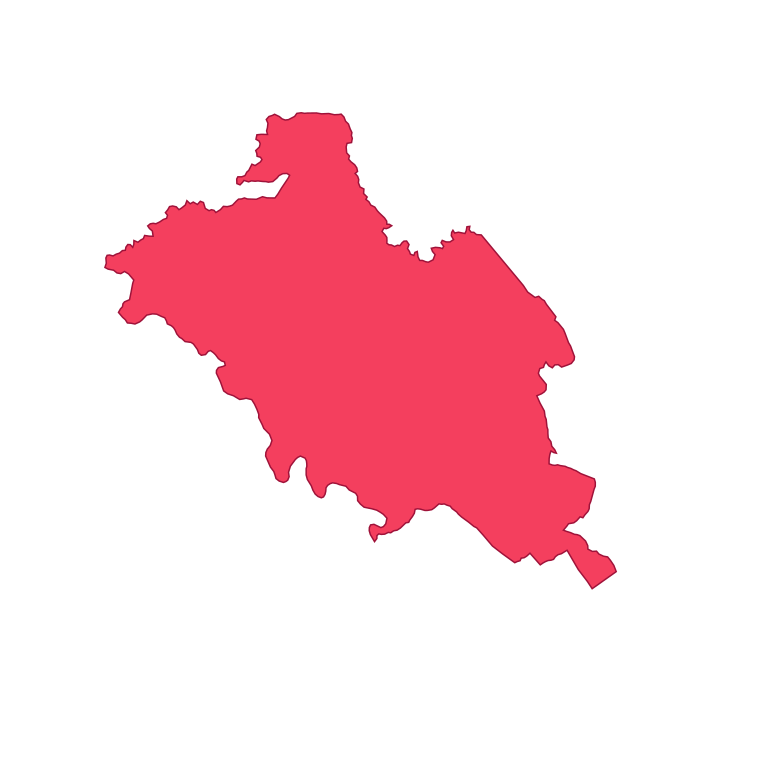 Londrina, Paraná, Brazil (Robinson projection), rotated 146°
{"feature_id": "56859067B34641840661798", "entity_name": "Londrina", "entity_type": "district", "adm_level": 2, "iso_a3": "BRA", "parent_name": "Brazil", "parent_adm1": "Paraná", "projection": "robinson", "projection_center": [-51.103, -23.475], "detail": "fine", "context": "isolated", "style": "filled", "palette": "rose", "viewbox_px": 768, "rotation_deg": 146, "n_neighbors": 0, "source": "geoboundaries", "source_scale": "gbopen_adm2", "svg_char_len": 6169}
<svg xmlns="http://www.w3.org/2000/svg" viewBox="0 0 768 768"><g transform="rotate(146 384 384)"><path d="M285.3,489.9L287.6,491.3L290.1,491.0L293.4,489.8L295.2,491.5L298.4,492.1L300.1,495.1L302.1,496.7L302.9,499.2L301.4,501.2L299.7,503.9L299.7,506.9L300.4,511.5L297.1,513.2L295.2,511.5L292.6,510.9L289.1,510.9L290.3,513.4L292.3,514.9L290.7,517.5L290.7,521.4L292.3,528.7L292.7,531.4L292.7,535.8L294.9,539.7L294.6,543.6L295.8,547.2L293.4,548.4L294.4,553.3L291.6,556.9L293.7,560.7L292.7,565.2L290.6,567.6L289.7,570.9L290.2,574.7L287.1,575.0L285.7,578.4L285.7,582.2L287.1,586.6L287.6,590.2L285.1,592.4L285.7,596.5L282.8,601.7L280.1,604.2L275.9,602.3L272.9,605.4L272.1,608.2L270.0,610.4L269.4,614.4L268.1,619.4L268.9,623.3L267.9,627.8L268.6,631.7L270.8,632.7L274.6,635.0L278.5,639.1L284.7,642.9L288.5,646.5L296.3,651.6L298.5,652.8L300.9,655.1L304.9,657.1L308.5,655.8L315.4,656.6L318.3,658.1L320.2,660.7L321.2,664.2L323.9,668.8L326.4,669.1L329.8,670.1L333.7,669.1L334.4,665.1L337.3,661.7L339.8,659.5L341.0,656.0L346.1,659.6L350.0,661.7L353.3,658.5L351.7,655.2L352.3,652.4L354.9,650.1L359.8,649.3L360.5,646.3L361.9,643.8L359.6,641.0L359.7,638.3L362.3,637.2L368.7,637.2L370.6,640.1L376.7,636.7L379.2,636.4L382.7,634.5L386.0,635.3L389.3,637.5L391.5,636.3L393.9,632.4L392.0,629.6L388.5,630.3L386.3,631.1L383.2,627.3L380.4,626.6L377.5,624.2L374.9,622.8L371.4,619.8L368.7,617.8L367.0,616.0L363.0,614.0L357.6,614.6L354.6,615.5L350.3,615.0L346.7,612.8L345.5,609.8L348.4,608.2L359.5,603.7L366.0,600.7L370.4,599.2L376.9,603.7L380.0,607.2L386.5,608.5L393.7,613.7L395.7,616.3L398.7,617.1L401.2,618.6L404.1,618.2L409.6,617.0L412.3,617.7L414.8,618.7L417.8,621.1L422.1,620.0L427.5,620.2L427.8,623.0L429.6,625.0L432.1,625.5L434.0,629.5L432.2,635.4L434.1,638.2L438.3,637.2L440.4,641.5L443.9,641.8L444.9,646.2L448.6,643.5L453.4,643.1L456.5,643.2L457.1,647.0L459.7,649.8L462.6,651.0L465.8,649.4L469.4,648.3L469.1,645.0L471.6,642.9L474.9,643.8L479.4,643.8L483.5,644.4L485.5,646.3L488.2,647.5L491.5,647.2L491.5,644.0L490.5,640.4L492.8,635.6L495.9,637.8L499.4,641.0L502.2,639.1L505.1,639.4L508.7,639.1L511.1,642.8L513.3,639.7L515.9,637.8L516.4,641.4L518.4,642.9L521.4,641.8L523.7,639.5L526.3,640.9L530.1,640.4L533.4,641.4L537.0,641.7L539.4,644.4L541.6,645.5L544.1,644.0L546.7,639.4L550.2,636.7L548.5,633.5L544.5,629.5L543.3,625.4L540.5,622.7L536.2,622.4L534.2,618.1L533.3,610.1L536.0,608.0L543.2,600.7L547.8,596.2L553.2,597.2L555.5,596.5L557.6,594.3L560.6,593.6L564.1,591.8L563.4,585.5L562.5,581.9L562.6,578.1L559.7,575.8L556.9,573.0L551.9,572.1L548.7,572.4L542.2,573.8L536.7,571.6L533.4,569.0L530.8,564.6L528.7,561.5L529.1,557.9L530.0,555.0L527.7,551.2L527.0,548.5L527.0,545.8L527.8,541.3L527.4,537.2L526.2,534.7L525.2,530.4L520.7,526.4L519.6,523.7L519.4,516.9L520.3,513.1L519.4,510.0L515.5,508.2L511.4,509.4L509.1,508.7L507.9,505.3L507.3,502.4L507.1,497.7L505.9,494.1L503.9,491.5L505.2,488.2L507.6,488.6L512.1,490.2L515.2,489.0L516.9,486.8L518.4,477.2L520.8,467.9L519.1,463.3L515.4,458.5L512.3,451.9L508.9,450.3L506.3,449.3L502.4,445.0L502.6,439.8L503.5,434.1L504.8,428.8L506.7,426.2L507.7,418.4L508.5,414.4L507.0,406.4L508.5,399.8L512.7,396.6L517.1,395.3L520.2,393.3L522.4,390.5L524.6,378.6L524.3,373.1L525.1,370.0L526.4,366.0L525.2,362.2L522.4,358.6L519.9,358.0L517.6,358.1L514.5,360.2L512.5,364.2L507.6,368.2L499.7,371.0L496.6,371.4L493.6,371.0L490.9,366.7L491.2,363.9L492.6,361.1L494.0,358.9L495.9,357.3L499.4,352.1L500.9,347.7L501.2,340.3L502.3,335.7L502.6,331.2L501.6,327.6L499.6,324.7L497.3,324.2L494.6,325.5L492.3,327.6L490.1,330.4L487.4,331.5L484.4,331.5L481.9,330.8L478.9,328.0L477.2,325.5L472.7,320.5L472.1,315.6L468.6,309.3L468.7,305.8L471.1,302.0L470.7,297.6L469.4,293.0L463.8,287.3L460.6,283.5L458.7,279.6L457.4,276.3L456.6,271.1L460.7,267.1L464.2,266.1L466.9,266.7L470.8,273.3L473.9,274.7L476.4,273.2L478.3,270.6L479.5,266.8L480.0,258.6L476.3,259.9L474.6,262.3L472.2,262.7L470.3,260.8L467.3,259.1L463.5,258.6L461.6,256.9L458.1,256.9L454.9,255.5L451.0,255.4L443.6,256.7L440.9,255.5L438.7,256.8L434.6,258.2L431.1,259.9L428.3,262.7L426.0,261.8L423.8,259.9L420.7,256.2L418.5,254.8L414.7,253.1L411.6,253.1L405.5,253.9L403.4,252.0L401.1,250.9L399.6,248.4L397.4,245.7L397.2,242.6L395.3,237.3L395.1,234.5L394.0,230.2L391.1,222.2L389.1,215.6L387.6,213.0L386.3,203.5L384.7,189.0L380.7,176.9L375.5,162.7L372.8,162.3L370.0,161.4L367.7,162.9L364.9,161.6L362.0,161.5L357.6,162.1L355.6,146.7L352.1,146.7L349.7,146.5L346.7,145.9L344.0,144.5L341.5,143.8L338.5,145.0L335.2,145.2L331.8,144.1L325.2,143.8L326.7,121.5L325.8,106.6L325.9,97.9L296.4,98.6L294.9,105.1L294.9,111.3L295.3,115.6L298.3,118.5L300.9,122.8L301.3,126.6L304.9,128.7L307.3,133.1L305.5,136.0L304.7,141.1L306.4,148.8L308.2,151.2L310.2,152.9L312.4,156.4L315.3,160.0L317.0,162.5L312.0,163.9L309.2,165.0L304.3,162.8L300.8,162.9L295.7,164.2L293.9,161.9L290.6,163.2L286.2,164.3L283.7,165.8L281.2,169.1L278.3,171.0L268.8,179.2L266.0,181.1L263.8,184.3L262.7,187.7L271.0,199.7L273.3,204.7L274.8,206.8L276.3,209.5L278.5,212.2L279.8,214.4L283.6,217.9L285.2,219.9L287.7,220.9L289.6,222.5L291.8,225.5L288.8,229.8L286.0,232.8L283.0,235.1L281.6,232.2L279.8,230.3L279.2,234.1L279.7,238.6L277.9,242.8L278.0,247.5L275.7,251.5L273.7,254.5L272.9,257.3L269.3,264.0L268.6,267.1L266.2,271.9L265.3,281.1L263.9,288.8L258.9,287.8L255.6,287.8L252.9,288.6L249.7,292.9L250.6,303.6L250.0,306.6L246.2,309.7L242.5,308.6L240.2,310.4L237.4,311.7L237.2,306.9L235.4,303.3L231.7,304.3L228.7,302.6L227.3,298.7L221.2,297.1L217.2,296.3L212.9,297.7L210.8,300.1L208.1,311.2L207.9,315.1L205.5,324.9L204.7,329.0L205.5,337.6L206.9,341.4L203.9,343.6L204.8,359.3L204.5,363.4L205.7,366.0L206.7,370.2L210.4,371.3L213.5,379.9L213.4,387.8L220.0,453.2L223.8,456.2L224.7,459.5L226.8,461.0L227.1,464.3L224.7,466.7L227.3,468.0L230.1,465.1L232.7,463.5L237.4,468.2L241.0,469.7L240.9,472.9L243.1,471.9L245.3,469.3L245.6,464.8L249.9,464.9L253.1,467.1L255.4,470.5L257.7,469.2L257.5,464.8L259.8,463.6L261.5,465.7L264.9,468.5L268.9,470.1L269.7,466.7L269.3,462.7L273.9,459.5L279.2,460.2L281.1,462.1L283.0,464.9L285.3,466.5L284.7,470.4L282.3,475.3L284.8,475.8L287.4,473.9L289.5,476.9L288.8,479.6L288.8,483.1L285.3,485.6L285.3,489.9Z" fill="#f43f5e" stroke="#9f1239" stroke-width="1.5"/></g></svg>